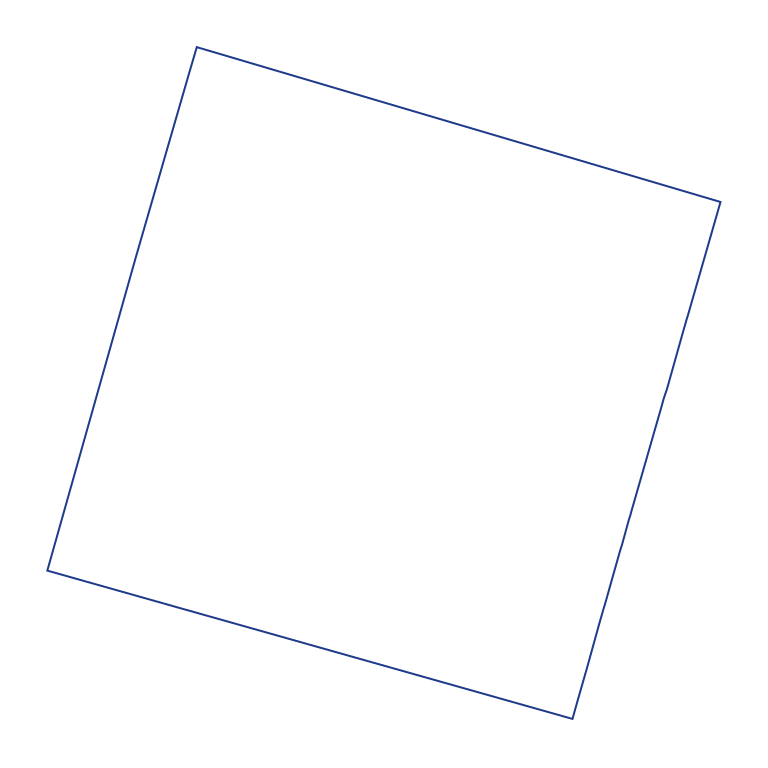 the district of Phillips, Kansas, United States of America, rotated 106°
{"feature_id": "52423323B79305915428191", "entity_name": "Phillips", "entity_type": "district", "adm_level": 2, "iso_a3": "USA", "parent_name": "United States of America", "parent_adm1": "Kansas", "projection": "orthographic", "projection_center": [-99.306, 39.785], "detail": "fine", "context": "isolated", "style": "outline", "palette": "blue", "viewbox_px": 768, "rotation_deg": 106, "n_neighbors": 0, "source": "geoboundaries", "source_scale": "gbopen_adm2", "svg_char_len": 514}
<svg xmlns="http://www.w3.org/2000/svg" viewBox="0 0 768 768"><g transform="rotate(106 384 384)"><path d="M654.0,110.5L636.1,110.6L609.2,110.6L600.0,110.6L555.0,111.0L546.2,111.0L538.5,111.0L536.6,110.9L528.2,110.9L510.1,111.0L477.4,111.1L473.9,110.9L446.0,111.2L442.4,111.0L438.6,111.1L330.0,111.0L321.1,111.1L310.6,110.6L255.6,110.9L243.3,110.9L239.2,110.9L238.0,110.9L235.3,110.8L116.3,110.7L111.8,656.8L136.8,657.0L330.1,657.5L656.2,656.2L654.0,110.5Z" fill="none" stroke="#1e3a8a" stroke-width="2"/></g></svg>